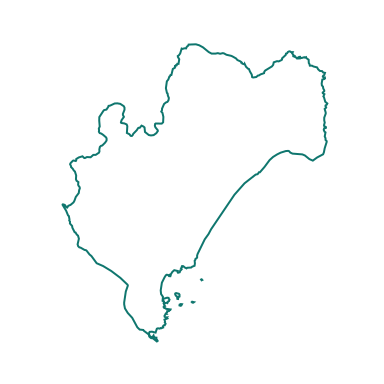 Pasaman Barat, Sumatera Barat, Indonesia, rotated 278°
{"feature_id": "22746128B95220206981522", "entity_name": "Pasaman Barat", "entity_type": "district", "adm_level": 2, "iso_a3": "IDN", "parent_name": "Indonesia", "parent_adm1": "Sumatera Barat", "projection": "albers", "projection_center": [99.54, 0.188], "detail": "fine", "context": "isolated", "style": "outline", "palette": "teal", "viewbox_px": 384, "rotation_deg": 278, "n_neighbors": 0, "source": "geoboundaries", "source_scale": "gbopen_adm2", "svg_char_len": 5951}
<svg xmlns="http://www.w3.org/2000/svg" viewBox="0 0 384 384"><g transform="rotate(278 192 192)"><path d="M341.4,286.1L340.8,284.9L341.1,284.4L340.0,282.1L339.8,280.8L340.9,280.3L340.7,279.3L339.8,278.2L339.1,279.1L338.8,277.4L339.8,276.2L340.1,275.1L340.8,274.9L340.4,273.8L340.5,273.4L341.0,273.3L341.4,273.8L343.2,271.9L344.5,272.3L344.3,270.7L344.9,269.3L344.7,268.5L343.9,267.4L342.6,266.9L342.1,265.8L340.7,265.7L336.9,262.6L335.7,262.7L335.2,262.4L333.4,259.7L333.4,258.0L331.8,254.9L329.2,254.7L327.5,253.7L322.5,247.6L321.3,246.9L319.7,246.8L318.0,243.5L316.7,242.0L316.5,241.1L314.8,239.6L313.9,236.6L314.1,235.6L316.6,234.8L319.4,232.6L321.7,231.3L321.8,230.5L323.5,228.1L326.2,226.3L325.7,226.2L326.1,224.0L326.7,223.7L326.9,222.8L327.5,222.8L328.1,221.7L329.0,218.6L330.4,217.0L331.9,213.2L332.3,211.8L332.7,207.0L333.7,204.4L333.8,203.2L332.8,200.6L333.1,198.3L332.3,195.9L331.8,192.1L332.9,189.1L336.8,182.7L338.3,178.7L338.8,175.3L337.5,168.1L336.4,167.9L335.7,167.1L334.3,166.3L333.4,166.2L333.2,164.4L332.4,162.8L332.6,161.8L327.5,161.0L325.4,159.9L324.7,159.0L323.8,159.2L321.7,160.9L317.0,160.8L316.9,159.6L315.4,159.2L315.3,158.4L314.0,158.1L314.1,157.6L312.6,157.7L311.2,155.9L305.0,155.3L304.8,154.4L303.4,154.0L303.1,153.5L300.1,152.9L298.1,151.7L291.2,151.7L286.6,153.4L286.2,154.1L284.1,154.7L281.9,156.0L280.6,156.0L279.4,155.9L277.8,155.1L277.1,153.8L275.3,152.1L270.3,150.7L268.9,150.9L267.3,150.4L266.3,151.7L262.4,153.2L257.0,153.7L255.5,152.5L254.8,146.6L254.3,146.0L252.4,146.0L250.9,146.8L248.5,149.4L247.7,149.7L245.3,148.5L243.0,146.1L242.3,143.5L242.4,141.3L244.9,137.1L249.3,136.0L250.1,134.8L250.7,132.8L248.3,131.3L248.1,130.1L247.7,129.7L245.5,128.7L241.4,125.7L240.2,125.4L239.1,124.6L239.1,123.4L240.5,122.0L241.4,119.3L248.2,118.8L249.8,117.9L250.5,115.5L250.5,112.8L250.7,112.1L251.1,111.9L253.4,112.3L256.9,114.1L258.6,112.9L259.7,112.7L264.0,113.7L266.2,113.4L267.5,112.5L269.3,108.7L269.4,105.7L268.9,103.1L266.1,98.8L265.7,97.4L264.6,97.2L261.7,95.8L260.9,93.6L260.1,93.0L253.3,89.8L249.7,90.2L244.0,91.5L241.8,90.9L240.1,91.4L238.7,91.4L237.5,92.4L237.2,94.1L236.2,96.1L234.2,99.2L233.3,99.9L231.7,100.2L231.0,100.2L228.8,99.1L225.6,96.7L225.0,95.4L223.8,94.5L221.3,94.3L219.3,94.7L218.0,94.4L215.4,91.5L215.0,89.1L212.3,86.8L212.0,83.1L210.7,81.2L210.7,80.5L212.1,78.6L210.5,75.1L208.6,72.8L207.0,72.9L206.5,72.6L206.7,70.3L206.4,69.7L203.8,67.8L202.6,67.4L200.6,68.7L199.8,68.8L198.5,70.6L196.8,72.0L196.0,73.2L192.2,75.0L188.5,75.3L187.1,76.1L186.0,78.1L183.5,78.2L182.6,78.6L181.1,80.1L179.9,80.4L178.2,80.0L175.2,80.0L170.9,77.6L167.0,76.8L165.2,76.1L162.3,73.5L161.1,71.4L159.2,70.6L159.3,70.0L161.5,67.8L161.8,66.3L161.7,65.7L161.3,65.6L155.9,70.0L151.6,72.5L151.0,73.4L147.8,74.5L146.7,74.4L145.7,75.3L143.8,75.5L141.7,78.0L140.0,78.5L135.8,81.4L135.7,82.3L133.9,83.7L132.9,85.2L130.0,86.5L124.3,86.0L122.5,86.8L121.5,88.1L121.4,89.4L119.7,93.6L119.6,95.1L119.2,95.8L115.9,99.2L114.6,101.3L108.2,107.5L106.3,114.3L102.5,123.1L97.0,133.0L91.2,141.1L90.3,141.5L84.3,140.3L73.2,140.2L71.2,140.5L67.4,141.8L63.3,145.2L59.1,150.3L50.4,156.7L48.5,159.3L48.6,163.0L47.9,163.6L44.9,169.0L42.9,169.8L42.1,170.9L41.6,171.8L41.7,173.6L39.1,178.0L39.8,178.7L41.9,177.0L42.8,177.0L42.7,175.5L43.6,174.3L44.5,173.9L42.6,172.9L42.9,171.2L44.0,169.8L46.1,169.1L46.9,169.2L47.6,169.6L48.1,171.8L47.7,175.5L51.7,176.2L52.3,177.3L52.2,179.0L52.9,179.8L52.7,180.4L53.8,182.3L54.7,181.8L55.8,182.4L56.3,183.0L56.2,183.5L57.8,184.2L59.1,183.2L59.7,183.4L61.8,182.5L63.3,185.1L63.8,184.3L64.4,184.7L64.2,183.2L64.7,182.2L65.6,182.0L67.5,182.9L67.7,183.7L68.2,183.1L69.4,184.1L70.5,184.0L70.9,185.8L71.8,186.3L72.1,186.9L72.7,187.1L72.7,182.6L73.3,181.6L73.2,180.8L73.9,180.0L74.3,179.9L75.3,181.1L76.0,180.3L77.0,179.9L77.7,180.1L78.0,179.4L78.8,179.6L79.7,179.3L80.1,178.0L84.2,177.8L86.6,175.6L90.2,174.7L98.0,174.8L103.7,176.7L105.9,177.7L106.6,178.6L106.4,180.1L105.5,180.9L105.6,182.3L106.7,182.5L107.3,181.9L107.8,182.6L110.2,183.7L112.1,185.3L111.8,188.9L110.8,188.8L110.1,189.4L110.8,191.0L112.7,191.3L112.8,191.7L114.0,192.5L114.9,191.7L115.9,192.5L116.6,192.6L116.9,192.3L117.3,192.5L117.3,193.8L116.3,195.2L115.6,197.2L116.3,197.8L117.1,201.7L118.1,202.6L119.3,204.8L121.8,204.8L124.3,204.2L125.2,204.7L126.4,204.8L127.1,205.8L128.0,206.2L129.7,205.9L131.5,206.2L146.9,211.2L152.6,214.2L157.8,216.1L195.2,234.4L207.9,242.8L218.1,252.6L218.8,254.5L220.9,255.6L221.0,256.5L226.7,260.2L234.4,264.4L238.0,267.4L241.1,271.1L243.3,274.3L245.6,279.2L246.1,281.5L245.9,282.5L244.7,283.9L244.0,286.2L244.6,296.0L243.9,298.7L240.9,303.7L239.9,307.3L243.6,311.1L247.6,316.6L249.7,317.1L253.7,317.3L260.3,318.4L261.1,318.3L262.1,317.0L263.9,316.7L265.5,315.7L269.6,315.9L270.2,314.8L271.9,313.8L273.4,314.0L274.0,315.6L274.4,315.7L275.1,315.4L275.5,313.9L276.5,313.4L279.2,313.8L281.2,313.0L284.0,312.6L288.2,313.5L289.4,313.3L292.7,311.8L294.1,313.0L294.5,313.1L295.6,312.2L296.3,312.2L297.3,313.3L298.5,313.7L299.9,311.4L304.4,309.4L304.9,308.8L307.3,309.5L308.0,307.8L308.7,307.6L310.2,308.9L311.1,308.8L312.7,307.6L314.6,307.0L315.6,305.8L317.5,305.3L321.5,305.4L322.3,307.3L323.0,307.9L324.0,307.6L323.8,306.3L324.4,305.5L325.4,305.7L326.3,306.7L328.5,307.1L328.6,305.3L329.8,304.0L329.7,301.8L331.0,299.9L332.8,298.5L333.2,294.8L333.8,293.2L333.5,291.1L334.9,290.6L336.0,289.7L339.2,289.1L340.7,286.3L341.4,286.1ZM82.2,178.5L80.5,178.2L79.9,179.4L78.7,179.9L78.1,181.1L79.0,182.5L78.7,183.1L80.3,183.6L80.8,184.4L82.4,184.7L83.2,183.7L83.9,183.5L83.9,182.1L82.2,178.5ZM89.1,189.5L88.3,189.6L87.1,190.4L86.0,192.4L86.3,193.0L86.1,193.5L86.7,194.2L88.7,193.9L89.4,193.2L89.7,190.3L89.1,189.5ZM78.8,195.4L77.9,195.4L77.7,196.5L78.1,197.2L79.5,197.7L79.5,196.5L78.8,195.4ZM83.2,209.3L83.4,207.4L83.0,207.1L82.5,207.8L82.6,208.7L83.2,209.3ZM85.2,192.1L84.1,192.4L84.1,193.1L84.7,193.1L85.2,192.1ZM106.3,214.4L106.9,213.7L106.6,213.2L105.9,213.8L106.3,214.4Z" fill="none" stroke="#0f766e" stroke-width="2"/></g></svg>